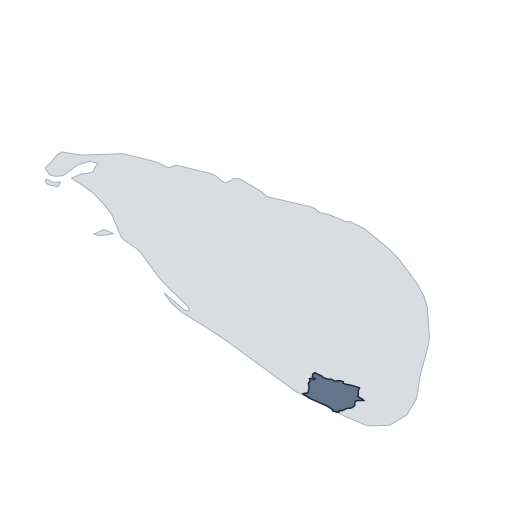 Sri Lanka, with Kaḷutara highlighted, rotated 310°
{"feature_id": "LKA-2472", "entity_name": "Kaḷutara", "entity_type": "District", "adm_level": 1, "iso_a3": "LKA", "parent_name": "Sri Lanka", "parent_adm1": "", "projection": "equal_earth", "projection_center": [80.098, 6.573], "detail": "fine", "context": "in_parent", "style": "filled", "palette": "slate", "viewbox_px": 512, "rotation_deg": 310, "n_neighbors": 0, "source": "natural_earth", "source_scale": "10m", "svg_char_len": 2185}
<svg xmlns="http://www.w3.org/2000/svg" viewBox="0 0 512 512"><g transform="rotate(310 256 256)"><path d="M188.1,38.2L196.1,38.8L204.7,38.5L210.7,40.0L221.0,57.3L249.0,88.4L264.3,120.0L265.7,126.9L267.8,132.9L271.5,134.5L274.6,137.2L289.8,167.7L291.6,173.7L291.3,180.4L292.2,185.3L296.2,187.8L301.2,189.1L304.5,193.7L308.6,218.1L308.6,225.6L309.8,228.9L329.1,266.8L330.2,271.5L330.0,274.9L330.5,277.9L334.3,284.6L340.1,302.7L343.1,306.8L346.6,322.6L346.9,352.8L345.6,366.3L342.0,382.7L337.8,398.7L333.2,410.3L326.9,420.1L305.3,440.9L299.1,445.1L271.0,458.1L250.3,470.5L231.2,473.8L212.0,467.0L197.6,450.8L190.2,426.9L185.1,402.1L177.8,374.4L172.2,289.1L169.5,265.3L165.1,234.9L165.5,221.8L168.6,209.1L168.6,236.8L171.4,240.2L173.6,236.7L175.5,208.0L177.1,195.9L184.7,164.4L184.9,158.8L183.6,146.9L183.6,141.0L195.0,118.9L197.9,106.0L199.5,92.8L198.9,78.6L196.8,64.6L206.0,69.1L211.0,73.9L216.2,77.2L220.3,75.6L225.4,75.5L221.8,67.9L211.1,60.8L193.4,56.5L187.9,50.9L185.7,46.1L186.8,40.4L188.1,38.2ZM179.1,123.9L181.5,132.5L174.6,126.6L170.1,121.8L168.5,117.9L177.9,122.2L179.1,123.9ZM187.0,58.7L181.8,59.9L177.7,52.4L176.7,49.2L177.8,47.0L178.9,45.9L180.3,46.2L182.2,53.2L187.0,58.7Z" fill="#d9dde1" stroke="#a8b0b8" stroke-width="1"/><path d="M188.1,418.3L187.7,416.3L187.5,416.1L187.2,415.8L186.8,415.4L186.6,414.8L186.7,414.1L187.1,414.0L187.5,414.0L187.1,408.1L187.0,407.6L185.3,401.6L181.2,387.7L181.3,387.4L181.4,385.9L181.1,384.4L180.6,382.3L180.7,380.5L184.6,383.7L187.0,382.5L187.9,382.2L188.9,381.6L192.1,377.9L193.0,377.7L194.0,378.3L195.3,377.4L196.3,375.8L196.8,376.0L197.3,376.3L198.3,379.7L200.0,380.2L199.4,377.0L202.2,375.4L204.6,376.2L204.9,378.5L206.4,383.7L206.2,385.5L206.8,387.6L207.6,389.9L210.2,393.2L210.6,396.5L211.6,397.7L212.7,398.3L214.6,400.6L215.8,403.7L214.6,404.3L215.0,406.2L218.6,412.9L221.6,420.0L218.6,420.9L215.7,423.3L214.1,424.2L214.1,426.7L214.7,429.1L214.6,431.4L213.3,430.0L212.0,428.3L209.5,425.8L207.0,426.0L204.7,427.8L201.0,426.8L199.6,425.6L198.3,424.0L196.6,423.0L195.1,422.6L192.0,420.7L191.6,419.7L191.0,418.9L190.1,419.4L189.6,419.9L189.1,419.3L188.6,418.4L188.1,418.3Z" fill="#64748b" stroke="#1e293b" stroke-width="1.5"/></g></svg>